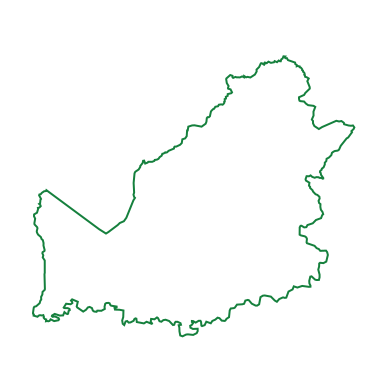 the district of Saraya, Kédougou, Senegal, rotated 96°
{"feature_id": "50182788B8770711358016", "entity_name": "Saraya", "entity_type": "district", "adm_level": 2, "iso_a3": "SEN", "parent_name": "Senegal", "parent_adm1": "Kédougou", "projection": "robinson", "projection_center": [-11.845, 12.924], "detail": "fine", "context": "isolated", "style": "outline", "palette": "green", "viewbox_px": 384, "rotation_deg": 96, "n_neighbors": 0, "source": "geoboundaries", "source_scale": "gbopen_adm2", "svg_char_len": 5918}
<svg xmlns="http://www.w3.org/2000/svg" viewBox="0 0 384 384"><g transform="rotate(96 192 192)"><path d="M110.8,37.3L109.0,38.9L109.5,40.7L109.5,43.2L108.7,47.8L107.3,48.2L105.8,50.8L106.5,53.1L106.1,55.9L113.8,69.4L116.1,72.4L113.6,77.2L111.1,78.8L108.7,79.1L107.4,80.4L103.3,79.1L99.4,79.6L94.5,78.3L93.6,80.1L93.5,85.6L92.2,87.9L90.3,90.0L90.3,93.9L89.9,94.7L88.2,95.3L86.6,95.5L83.7,90.6L81.7,89.7L76.9,85.7L75.4,85.9L69.7,88.9L66.9,87.8L65.9,89.9L65.6,91.5L63.9,92.0L63.6,92.6L62.8,92.3L61.5,92.9L60.8,94.1L59.8,94.3L59.3,95.2L58.5,95.2L57.0,96.6L56.7,97.9L55.9,98.0L55.6,100.2L56.0,101.0L54.7,101.1L54.0,102.6L52.5,103.0L50.8,110.3L48.9,111.7L49.2,112.6L48.9,113.4L48.0,114.1L47.5,113.7L47.5,115.2L49.8,115.9L50.8,117.1L52.7,117.4L52.8,118.2L52.2,119.5L54.0,121.0L53.2,123.5L54.4,124.0L55.3,127.0L54.4,129.6L56.1,131.2L55.6,133.1L55.9,133.4L56.9,133.0L57.9,133.6L56.6,136.1L56.9,137.0L60.7,138.3L63.5,140.6L65.4,140.3L68.6,141.7L72.0,145.9L71.7,148.9L72.3,150.2L71.2,152.3L72.5,152.3L71.8,154.2L73.0,156.3L73.3,159.7L73.0,160.8L74.2,163.0L73.7,163.7L72.2,163.9L71.7,166.2L75.5,169.7L76.2,169.8L80.0,168.8L82.8,166.7L84.9,167.1L85.5,166.8L85.9,164.4L88.7,162.6L89.6,163.2L90.9,166.7L92.7,166.6L93.8,168.3L95.5,168.0L96.2,169.2L98.5,168.9L98.9,169.4L99.9,169.2L101.5,170.1L102.0,170.8L101.8,172.1L102.4,174.4L104.0,175.1L104.8,177.7L106.9,178.7L107.1,179.4L109.1,181.1L110.1,181.6L114.8,182.1L115.9,183.1L116.0,184.4L117.0,185.0L120.6,185.0L122.7,185.6L126.0,189.3L125.4,196.5L125.8,198.9L127.4,202.5L131.2,202.7L131.3,203.3L137.0,203.1L139.4,204.4L140.6,207.1L144.4,207.3L146.3,208.8L148.5,212.4L148.6,213.8L149.3,214.4L150.7,214.5L153.5,219.6L155.1,220.9L155.7,222.4L155.4,222.8L156.8,224.4L157.1,225.5L159.1,226.0L160.7,227.8L162.5,228.8L163.5,230.3L164.0,232.4L165.0,232.7L166.1,234.7L166.5,238.6L167.4,239.2L168.6,241.5L165.8,242.9L166.1,243.9L168.3,244.1L171.6,246.2L172.5,246.1L175.2,247.4L177.8,250.5L179.4,251.1L189.1,251.0L198.6,249.5L200.8,249.9L203.0,249.0L203.8,248.1L206.4,249.4L224.5,254.6L228.2,256.7L230.4,260.6L232.6,262.4L240.6,271.0L242.3,273.2L238.8,280.3L205.4,337.0L206.3,337.2L206.7,339.1L208.6,341.3L210.0,342.2L210.4,343.5L211.3,343.7L214.7,341.4L215.6,341.9L219.1,341.9L219.8,342.8L221.0,341.3L222.0,341.0L223.5,342.3L223.9,343.6L225.1,343.3L228.8,344.0L230.8,346.7L232.6,346.6L234.9,345.2L239.5,345.5L240.7,345.2L243.2,342.3L244.2,341.9L247.2,342.3L248.4,342.0L250.4,340.7L252.6,337.6L254.5,336.7L255.5,335.3L258.3,334.3L260.8,334.1L265.1,332.5L266.1,332.6L267.5,334.3L268.6,334.4L270.5,333.3L272.7,333.6L275.5,331.3L287.7,330.0L289.2,330.1L303.6,328.2L304.6,328.2L307.0,330.2L309.6,330.1L312.1,331.1L314.8,330.7L315.8,331.4L318.5,331.9L321.9,335.0L322.6,336.8L323.7,337.3L329.0,337.5L329.8,337.3L330.3,336.5L331.5,336.6L332.2,332.6L331.0,331.6L330.4,330.3L330.5,328.3L330.0,327.0L331.7,326.2L332.5,326.4L333.7,325.2L334.0,323.7L335.8,323.7L335.4,322.6L335.6,321.5L335.1,320.2L333.4,319.3L334.8,315.6L333.5,311.4L332.4,310.9L331.4,311.5L330.1,315.2L330.7,317.6L330.1,318.4L329.5,318.3L327.6,315.8L328.7,310.5L328.2,307.3L324.8,306.3L326.1,304.4L326.4,303.1L326.0,302.5L323.3,302.3L322.2,301.2L321.1,301.6L320.5,303.5L320.8,306.9L320.4,307.5L316.3,305.5L316.3,301.0L315.0,299.4L313.8,299.7L312.6,301.0L311.3,300.0L313.1,294.1L317.9,294.7L318.8,294.1L322.3,287.7L320.2,285.1L317.7,283.5L317.0,281.8L317.9,279.4L320.3,278.2L321.1,276.8L321.1,274.4L319.9,273.8L319.6,269.7L317.4,266.5L315.3,267.0L312.2,266.6L311.4,265.6L311.0,263.5L311.3,262.3L312.8,261.5L313.5,260.6L313.8,255.0L314.6,254.9L315.5,256.9L317.0,256.3L316.7,251.8L317.0,247.8L323.6,247.3L327.1,248.0L330.3,247.1L331.4,245.5L327.7,244.5L327.1,243.0L328.5,241.3L328.1,239.5L326.2,236.6L324.5,236.1L323.6,235.1L323.8,234.1L327.1,233.3L327.7,226.1L325.8,223.6L327.3,218.4L327.0,218.0L326.5,218.3L325.3,219.5L322.5,219.4L322.5,216.0L320.4,213.7L321.0,212.6L323.9,210.8L324.2,208.9L322.4,207.1L321.8,204.9L322.7,201.2L326.3,197.0L325.9,195.8L323.8,195.4L322.8,194.7L322.6,192.8L323.7,189.7L325.2,189.1L325.9,191.3L328.2,190.4L331.9,189.9L335.9,188.7L336.5,186.3L334.4,183.0L334.0,181.2L334.0,175.9L331.9,172.6L329.7,171.8L327.4,172.1L328.1,176.8L327.1,179.4L325.2,179.8L324.2,178.3L322.4,177.3L321.3,178.5L320.3,178.6L320.3,177.3L321.5,174.7L319.4,171.9L319.2,170.1L320.3,169.4L323.9,168.7L324.3,168.0L323.1,165.5L319.5,164.2L320.6,159.6L318.1,158.3L316.5,155.5L314.3,153.4L314.6,151.5L316.8,149.0L316.8,146.0L316.4,145.4L314.5,144.4L312.6,142.1L305.8,142.1L303.8,141.3L303.1,138.2L302.5,137.3L299.3,135.5L298.4,130.2L297.7,128.5L294.4,127.6L293.5,125.2L293.7,124.1L296.8,120.9L298.3,116.9L298.2,115.4L296.7,113.5L289.4,112.9L287.7,110.7L287.3,108.9L287.8,102.6L291.3,98.3L292.3,96.1L289.4,94.1L287.7,91.2L287.3,90.4L287.6,88.6L287.2,87.2L280.9,85.6L278.4,81.8L275.2,80.9L276.0,77.2L273.9,72.6L274.1,65.8L273.8,64.3L272.7,64.4L270.6,65.7L268.1,66.1L263.8,65.5L263.4,64.3L266.3,60.4L266.5,58.9L266.2,56.6L263.5,56.2L260.8,56.5L256.0,58.3L252.8,57.8L249.8,58.0L249.0,57.2L249.0,53.9L247.2,51.2L240.4,50.3L237.7,51.3L236.3,52.6L237.1,58.3L235.5,59.9L234.8,62.2L232.7,64.5L230.9,72.3L230.1,72.8L226.6,72.8L225.2,73.6L224.3,75.1L223.8,79.1L223.2,80.5L215.9,81.2L214.3,80.5L214.1,79.6L215.5,76.7L215.0,74.6L212.8,73.7L210.5,68.6L206.9,65.8L204.5,60.9L201.4,60.1L200.4,59.2L198.1,60.2L196.1,62.0L193.4,62.8L190.6,63.0L189.7,64.4L187.6,65.2L185.2,64.4L183.4,64.8L181.8,67.0L181.3,68.9L178.9,71.7L177.7,72.3L175.6,75.0L174.5,75.1L173.5,76.3L170.5,76.2L168.7,79.9L167.4,80.4L164.3,79.7L164.1,77.2L163.1,75.8L164.4,74.0L165.0,71.5L164.2,69.8L164.1,67.6L164.6,66.8L164.5,64.7L165.1,63.5L164.9,62.9L164.4,62.9L161.4,65.5L159.6,66.0L158.9,66.8L157.9,66.8L156.3,65.4L155.2,65.3L153.7,63.7L150.7,62.8L149.0,63.0L147.2,61.7L144.9,61.6L143.4,59.4L140.8,57.3L138.4,56.9L137.1,55.5L136.3,54.2L135.6,51.4L134.5,50.2L130.5,48.9L122.5,43.8L121.5,42.4L115.8,39.1L114.8,39.8L112.4,37.8L110.8,37.3Z" fill="none" stroke="#15803d" stroke-width="2"/></g></svg>